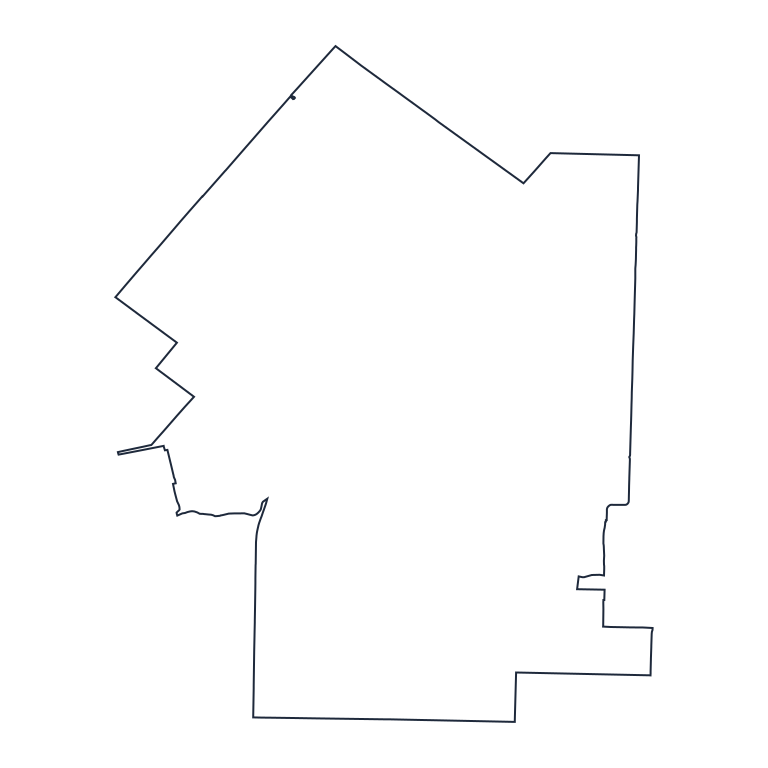 outline of Scanteia, Ialomita, Romania
{"feature_id": "2599482B4025904881025", "entity_name": "Scanteia", "entity_type": "district", "adm_level": 2, "iso_a3": "ROU", "parent_name": "Romania", "parent_adm1": "Ialomita", "projection": "natural_earth1", "projection_center": [27.447, 44.74], "detail": "fine", "context": "isolated", "style": "outline", "palette": "slate", "viewbox_px": 768, "rotation_deg": 0, "n_neighbors": 0, "source": "geoboundaries", "source_scale": "gbopen_adm2", "svg_char_len": 4568}
<svg xmlns="http://www.w3.org/2000/svg" viewBox="0 0 768 768"><path d="M514.8,721.9L514.8,721.7L514.8,720.8L514.9,716.5L516.1,672.5L606.1,674.4L649.0,675.3L650.5,675.4L650.5,674.9L650.6,673.9L650.6,673.0L650.6,671.3L650.7,667.5L650.9,659.7L650.9,658.9L651.3,647.0L651.3,645.9L651.7,633.8L651.9,631.8L652.5,630.0L652.6,628.6L652.6,628.0L643.3,627.5L630.5,627.4L621.5,627.2L610.8,627.0L603.1,626.6L603.2,625.6L603.4,609.3L603.3,602.6L603.4,600.0L604.3,600.0L604.6,589.7L577.1,589.2L578.7,576.4L582.4,577.2L584.1,577.2L591.8,575.0L599.7,574.8L604.0,575.5L604.2,569.1L604.2,566.0L604.0,564.7L603.9,560.8L604.2,555.7L604.1,553.7L603.9,549.2L603.8,546.6L603.7,545.2L603.4,543.5L603.5,536.1L603.7,532.9L604.0,530.6L604.4,528.8L604.6,528.1L605.1,524.7L605.2,522.1L605.4,521.7L605.9,521.6L605.9,521.4L605.9,520.1L606.7,520.1L606.7,518.6L606.9,512.8L606.9,509.2L607.2,508.0L607.7,507.1L608.4,506.3L609.1,505.7L609.8,505.2L610.9,504.8L611.9,504.8L615.1,504.9L618.5,504.9L620.9,504.9L624.0,504.9L625.9,504.8L626.9,504.3L627.7,503.6L628.2,502.9L628.5,502.4L628.7,501.7L628.8,500.1L628.9,495.1L629.0,491.3L629.1,485.3L629.2,482.0L629.3,478.9L629.3,478.0L629.9,459.7L629.8,458.4L629.5,457.7L629.3,457.3L629.3,456.9L629.7,456.3L630.0,455.6L630.1,454.7L630.1,453.5L630.5,439.7L630.9,426.4L631.1,420.6L631.3,413.3L631.5,404.7L631.7,398.6L631.8,392.3L632.3,378.8L632.5,371.0L632.7,360.4L633.2,345.7L633.7,333.4L634.1,319.2L634.3,314.3L634.7,299.1L635.2,282.2L635.3,278.4L635.3,271.2L635.3,268.8L635.4,267.3L635.6,265.1L635.8,261.4L635.9,259.2L636.0,254.2L636.1,250.1L636.1,247.3L636.2,245.6L636.3,242.2L636.3,240.3L636.3,238.2L636.4,237.1L636.1,236.1L636.0,235.6L636.1,235.1L636.1,234.2L636.2,233.7L636.5,232.8L636.6,232.2L636.8,225.4L636.9,221.9L636.9,218.8L637.3,204.4L637.5,201.6L638.0,190.0L638.0,187.8L639.0,155.3L550.5,153.1L545.8,158.3L534.8,170.8L523.5,183.3L438.6,122.1L435.2,119.4L420.4,108.6L403.6,96.4L400.2,93.9L386.9,84.3L361.2,65.6L341.5,50.6L335.5,46.1L333.2,48.6L313.0,71.0L302.1,83.1L298.6,87.0L291.1,95.2L291.0,95.4L291.2,95.6L293.1,96.6L294.4,97.1L294.9,97.9L293.9,99.0L293.0,99.1L292.4,98.4L291.7,97.8L290.9,97.2L290.2,96.7L288.6,98.5L283.8,104.0L268.8,120.9L268.7,121.0L246.8,146.1L246.7,146.2L225.4,170.7L225.2,170.8L203.1,195.9L203.0,196.0L202.7,196.4L202.5,196.6L202.3,196.4L198.9,200.3L198.2,201.1L189.4,211.1L180.7,221.1L179.1,223.0L169.0,234.8L158.8,246.7L150.5,256.2L143.9,263.9L137.3,271.5L134.2,275.1L124.8,286.1L115.5,297.1L115.4,297.2L118.9,299.8L137.9,313.9L176.9,342.7L156.0,368.1L155.9,368.2L160.1,371.4L182.7,388.3L194.0,396.8L184.7,407.0L176.9,415.8L162.9,431.9L161.0,434.0L157.8,437.6L151.8,444.5L151.3,445.0L149.6,445.3L142.8,446.8L132.3,449.0L123.8,450.8L117.9,452.1L118.0,452.6L118.1,452.9L118.2,453.2L118.2,453.4L118.5,454.3L118.6,454.6L122.9,453.8L141.1,450.3L163.6,445.9L163.6,446.0L164.9,450.3L167.4,449.9L170.4,462.3L170.8,463.9L173.4,474.8L173.5,475.0L173.8,476.9L174.4,478.4L174.7,479.0L175.1,479.9L175.7,483.3L175.1,483.4L173.0,483.9L174.5,491.3L175.2,494.1L177.1,501.3L178.1,503.4L178.9,505.1L179.4,507.0L179.6,509.4L179.4,509.8L179.3,510.0L178.6,510.7L177.9,511.3L176.6,512.6L176.7,513.3L176.8,513.9L177.3,515.6L182.3,513.4L182.9,513.3L184.9,513.0L185.3,512.9L186.8,512.3L187.7,512.0L189.4,511.6L190.1,511.4L190.5,511.4L190.9,511.3L191.3,511.3L191.7,511.2L192.0,511.2L192.3,511.2L192.9,511.3L193.4,511.3L194.0,511.4L194.5,511.5L195.1,511.7L195.7,511.9L196.3,512.1L196.9,512.3L197.6,512.6L198.3,513.0L199.0,513.4L199.8,513.8L200.5,513.8L201.3,513.9L202.2,513.9L203.1,513.9L204.4,514.1L205.6,514.2L208.4,514.5L211.1,514.7L211.5,514.8L212.9,515.2L213.4,515.4L215.0,516.2L217.0,516.1L218.0,516.0L218.8,515.9L219.9,515.8L220.7,515.4L221.6,515.3L223.5,514.9L228.8,513.6L234.5,513.4L239.4,513.4L244.2,513.3L247.1,514.0L250.1,514.8L252.5,515.4L253.7,515.3L254.9,514.9L255.5,514.7L256.8,513.9L258.3,512.6L260.1,510.6L260.8,509.3L261.3,507.2L261.7,505.2L262.1,503.2L262.9,501.8L265.0,500.3L267.3,498.7L266.5,501.7L266.0,503.5L265.2,505.9L263.8,509.9L262.8,512.7L262.3,514.2L261.6,516.3L260.8,518.3L260.4,519.4L259.6,521.7L259.2,522.8L258.4,525.5L258.3,526.1L257.7,528.7L257.2,531.0L256.9,532.6L256.7,534.1L256.5,535.7L256.4,537.3L256.2,539.7L256.0,542.1L255.9,549.6L255.7,564.0L255.6,564.9L255.4,578.3L255.4,583.1L255.3,590.7L255.0,609.8L254.8,620.6L254.8,622.5L254.6,630.9L254.5,636.4L254.2,650.6L253.7,685.5L253.7,688.3L253.2,717.4L262.0,717.6L271.2,717.7L292.6,718.0L317.7,718.4L346.9,718.8L383.2,719.3L384.4,719.3L387.9,719.3L421.7,720.0L432.5,720.2L495.3,721.5L514.5,721.9L514.8,721.9Z" fill="none" stroke="#1e293b" stroke-width="2"/></svg>